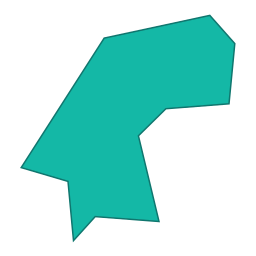 the district of Norton, Virginia, United States of America
{"feature_id": "52423323B88769302498255", "entity_name": "Norton", "entity_type": "district", "adm_level": 2, "iso_a3": "USA", "parent_name": "United States of America", "parent_adm1": "Virginia", "projection": "equal_earth", "projection_center": [-82.626, 36.929], "detail": "fine", "context": "isolated", "style": "filled", "palette": "teal", "viewbox_px": 256, "rotation_deg": 0, "n_neighbors": 0, "source": "geoboundaries", "source_scale": "gbopen_adm2", "svg_char_len": 268}
<svg xmlns="http://www.w3.org/2000/svg" viewBox="0 0 256 256"><path d="M21.2,167.6L68.0,181.4L73.5,240.6L95.2,216.6L159.0,221.5L138.4,135.8L165.9,108.7L229.0,103.8L234.8,43.6L209.8,15.4L104.2,38.1L21.2,167.6Z" fill="#14b8a6" stroke="#0f766e" stroke-width="1.5"/></svg>